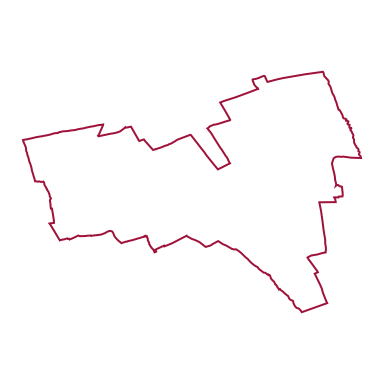 outline of Dodesti, Vaslui, Romania
{"feature_id": "2599482B41248558558990", "entity_name": "Dodesti", "entity_type": "district", "adm_level": 2, "iso_a3": "ROU", "parent_name": "Romania", "parent_adm1": "Vaslui", "projection": "equal_earth", "projection_center": [27.924, 46.352], "detail": "fine", "context": "isolated", "style": "outline", "palette": "rose", "viewbox_px": 384, "rotation_deg": 0, "n_neighbors": 0, "source": "geoboundaries", "source_scale": "gbopen_adm2", "svg_char_len": 5942}
<svg xmlns="http://www.w3.org/2000/svg" viewBox="0 0 384 384"><path d="M325.7,252.4L325.5,251.4L325.7,251.1L325.9,250.4L325.9,248.0L325.8,246.5L325.4,244.6L325.2,243.3L325.2,239.7L323.7,230.8L322.3,219.7L321.0,210.7L319.3,202.3L335.7,202.1L335.5,200.6L335.1,198.8L334.2,197.4L334.8,197.3L336.8,197.4L338.3,197.5L338.5,197.4L338.6,196.6L342.5,196.4L342.7,195.3L342.6,192.5L341.9,186.7L341.2,186.5L339.7,186.3L339.2,186.0L338.7,185.4L338.1,185.0L337.7,185.0L337.3,185.0L336.5,185.3L335.9,185.8L336.2,184.9L336.2,184.2L336.0,183.3L335.4,181.0L335.1,179.6L334.9,177.0L334.3,173.7L332.9,168.1L332.0,163.7L332.2,162.6L333.6,158.4L335.4,157.1L337.5,156.6L342.1,156.8L343.1,156.6L351.4,157.7L361.0,158.0L360.8,157.2L360.7,156.5L360.4,156.0L359.4,155.1L358.9,154.2L359.5,153.0L359.6,152.2L359.4,151.8L358.4,151.2L358.5,149.9L358.4,149.1L357.9,148.5L356.5,147.4L356.4,147.1L356.3,146.2L355.3,145.2L354.7,143.7L354.2,142.8L354.0,142.0L354.0,139.7L353.8,138.9L353.0,137.8L353.0,136.9L353.4,135.9L353.4,135.5L353.1,134.4L352.1,133.0L351.9,132.0L351.5,131.4L350.9,130.8L350.5,130.2L350.4,129.7L351.1,128.9L351.3,128.4L351.2,127.9L350.7,127.8L349.7,127.9L349.5,127.6L349.3,126.9L349.3,126.1L349.6,125.3L349.6,124.9L349.3,124.7L347.8,124.4L347.5,123.8L347.5,123.3L348.0,122.8L348.3,122.1L348.4,121.5L347.9,121.1L347.2,120.9L346.0,120.8L345.9,120.5L346.0,120.1L346.4,119.5L346.2,119.1L345.3,118.9L344.8,118.6L343.5,118.3L343.0,117.3L342.4,115.1L341.4,113.1L340.9,112.1L339.4,109.8L338.5,109.7L336.2,101.9L335.4,100.2L334.3,96.5L333.6,95.4L333.5,95.0L332.7,93.9L332.2,92.7L331.1,88.9L330.4,86.7L329.8,85.7L329.0,84.6L328.6,84.0L328.5,83.0L328.7,82.2L328.8,81.8L328.5,81.1L328.3,80.4L327.8,80.0L327.2,79.2L326.5,78.6L325.8,77.7L324.8,76.8L324.3,76.1L323.9,74.7L323.6,73.1L322.9,71.8L322.3,71.8L320.8,72.1L304.4,74.4L283.0,78.1L277.1,79.4L267.7,81.9L267.4,81.8L267.1,81.3L265.0,76.6L264.6,76.0L264.0,75.9L262.6,76.3L260.6,77.1L259.3,77.8L255.8,78.9L254.3,79.2L253.4,79.2L252.6,79.5L252.7,80.7L253.7,82.9L254.1,84.3L254.6,85.1L256.8,87.6L257.8,88.1L258.1,89.0L257.2,89.2L247.8,92.8L236.1,97.1L231.8,98.5L224.8,100.7L220.2,102.5L227.4,114.7L230.2,119.9L230.0,120.2L228.8,120.6L226.5,121.2L218.4,123.8L216.2,124.4L213.8,124.7L209.5,126.5L209.1,127.0L209.1,127.3L207.4,128.4L207.6,128.6L208.3,129.6L211.1,133.0L214.2,138.1L220.7,148.4L221.2,148.8L225.2,155.1L225.7,155.9L226.8,157.2L227.5,158.4L228.7,161.2L230.0,163.3L217.9,169.4L212.5,162.8L206.2,155.0L204.8,152.8L199.8,146.5L197.3,143.2L195.0,140.3L191.1,135.3L190.7,134.9L190.4,134.8L179.4,138.9L177.0,139.9L176.2,140.4L175.3,141.1L170.8,143.7L169.3,144.1L167.8,145.0L165.0,145.8L160.9,147.5L157.4,148.6L155.8,149.3L155.6,149.1L153.1,150.0L147.2,143.4L145.1,141.1L143.9,139.4L139.2,141.0L131.0,126.7L125.9,127.7L125.4,127.2L125.3,127.3L124.2,128.3L120.8,130.9L119.8,131.5L118.5,132.0L116.6,132.6L113.1,133.4L110.2,133.8L101.2,135.7L98.6,136.3L98.0,135.7L98.7,134.9L99.8,132.6L103.0,125.3L103.1,124.5L102.4,124.7L98.6,125.1L92.7,126.4L90.8,126.6L89.3,127.0L86.7,127.5L83.5,128.3L81.5,128.7L80.7,128.7L76.9,129.5L75.8,129.9L74.5,130.1L71.4,130.4L69.5,130.7L68.3,131.0L62.4,131.4L60.9,131.9L59.4,132.1L58.2,132.6L58.0,133.0L54.2,133.3L50.4,134.5L46.0,135.5L43.8,135.8L42.4,136.2L38.3,136.8L35.7,137.3L28.5,139.0L23.0,140.0L23.2,140.8L23.7,142.3L25.6,146.7L26.0,148.3L26.1,150.4L26.2,150.9L26.9,152.5L27.7,156.0L28.3,157.1L28.9,160.0L29.7,162.6L30.6,164.6L30.9,166.3L31.2,166.7L31.6,168.4L31.9,170.4L33.1,174.2L33.7,176.5L34.3,178.1L34.8,180.4L35.1,181.3L36.0,181.3L38.0,181.7L39.0,181.4L40.7,181.8L41.9,181.9L42.5,181.9L43.4,181.6L44.2,182.9L44.4,184.7L46.0,187.4L46.4,188.4L46.8,188.7L47.2,190.0L47.5,190.4L48.5,191.9L49.2,193.9L49.6,194.8L49.8,196.5L50.6,198.0L50.9,198.3L50.9,198.7L50.0,199.9L49.9,200.3L50.5,204.2L50.5,205.7L50.9,208.6L52.0,208.6L52.2,210.0L53.1,215.5L53.8,219.9L54.0,221.8L54.0,222.9L49.5,223.5L50.5,224.9L54.0,230.6L59.8,240.4L60.8,240.0L63.7,239.4L64.4,239.3L65.1,239.1L65.8,238.8L67.5,238.4L68.0,239.0L69.1,238.8L69.6,239.5L73.0,238.1L78.4,235.5L79.4,236.1L82.6,236.1L86.0,236.0L86.4,235.8L90.8,235.5L91.1,235.9L91.3,236.0L91.9,235.7L100.3,234.7L101.0,234.6L105.3,233.0L105.5,232.8L107.2,231.8L108.6,231.2L110.4,230.9L112.0,231.4L112.9,232.4L113.6,234.0L114.2,235.7L115.6,237.8L118.5,240.8L120.6,242.4L121.5,243.2L122.6,242.7L125.9,241.7L127.1,241.6L127.4,241.3L128.1,241.1L132.2,240.2L141.6,237.4L144.8,236.6L144.6,236.0L144.9,235.9L145.7,235.7L146.2,236.1L146.9,236.2L146.9,236.4L146.7,237.0L147.3,237.5L147.5,237.9L147.5,238.2L147.8,239.0L147.7,239.4L148.0,240.6L148.6,241.5L148.7,242.3L149.2,243.0L149.2,244.1L149.4,244.4L149.8,244.9L150.5,246.4L151.3,247.2L151.3,247.5L151.5,247.8L152.8,249.0L153.9,250.6L154.5,252.3L156.2,251.6L155.4,249.7L157.0,248.9L164.1,245.6L164.4,246.4L171.9,243.4L173.2,242.7L186.7,235.7L187.1,236.3L187.8,236.8L189.1,237.4L191.8,238.9L192.8,239.3L194.1,239.6L199.3,242.0L205.6,246.9L209.6,245.8L211.1,245.2L212.5,244.1L218.2,241.1L222.9,244.2L225.7,245.3L230.3,247.9L231.8,248.9L234.6,249.5L236.1,249.3L238.8,251.1L241.2,253.0L245.5,257.2L247.9,259.1L248.8,260.3L251.2,262.7L252.7,264.0L254.6,265.5L257.7,267.2L258.7,268.7L259.4,269.4L260.8,270.4L263.6,272.6L265.3,272.8L266.9,274.0L267.6,274.3L267.9,274.7L268.2,274.4L268.7,274.7L268.9,275.2L269.6,275.1L270.3,276.1L270.5,277.1L271.0,278.5L272.2,280.0L274.2,281.8L275.3,284.4L275.6,284.7L276.1,284.8L276.7,285.6L276.9,286.2L277.3,286.7L277.3,287.0L277.6,287.5L278.9,289.1L279.1,289.6L279.9,289.0L280.7,290.0L281.4,290.6L283.1,291.7L284.1,292.8L285.1,293.7L286.8,295.1L288.1,296.0L289.2,298.5L289.7,299.2L290.9,300.0L291.7,300.3L292.9,300.8L293.1,301.1L293.4,303.0L294.7,305.7L295.6,306.9L296.5,307.9L298.6,308.4L299.3,309.0L300.7,310.5L301.8,312.2L327.2,303.1L325.9,300.3L322.9,292.7L321.9,288.8L320.1,284.7L317.5,279.3L314.7,273.7L317.9,272.2L317.0,270.7L314.5,267.4L312.7,264.8L308.6,259.4L307.5,257.5L311.2,255.5L317.4,254.5L321.8,253.2L325.7,252.4Z" fill="none" stroke="#9f1239" stroke-width="2"/></svg>